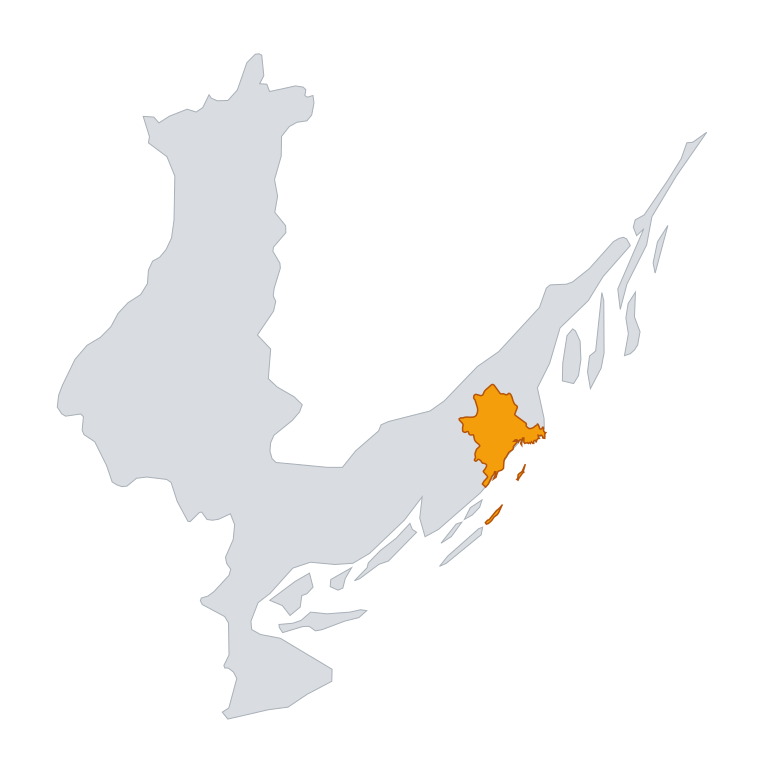 Croatia, with Šibensko-Kninska highlighted, rotated 269°
{"feature_id": "HRV-1491", "entity_name": "Šibensko-Kninska", "entity_type": "County", "adm_level": 1, "iso_a3": "HRV", "parent_name": "Croatia", "parent_adm1": "", "projection": "orthographic", "projection_center": [15.941, 43.766], "detail": "fine", "context": "in_parent", "style": "filled", "palette": "amber", "viewbox_px": 768, "rotation_deg": 269, "n_neighbors": 0, "source": "natural_earth", "source_scale": "10m", "svg_char_len": 7316}
<svg xmlns="http://www.w3.org/2000/svg" viewBox="0 0 768 768"><g transform="rotate(269 384 384)"><path d="M58.7,216.6L62.8,223.2L92.2,231.7L98.7,228.4L102.7,223.3L102.8,219.9L105.4,219.0L115.7,224.3L147.7,224.4L154.3,220.6L166.7,198.4L170.6,196.6L173.2,197.6L175.0,204.2L179.5,210.5L195.4,225.7L201.4,227.5L207.5,223.5L213.6,222.5L231.1,230.5L245.9,232.2L256.9,228.2L251.6,216.1L250.8,210.0L251.6,204.7L259.1,199.5L258.8,197.2L249.8,187.8L250.2,185.5L270.2,175.2L289.3,169.4L292.4,164.9L295.1,145.4L294.1,135.0L286.4,125.2L285.9,120.3L287.8,115.1L290.8,110.5L307.3,105.2L331.3,93.8L338.6,83.2L343.0,81.4L356.5,82.9L359.3,80.3L357.4,65.1L359.8,61.2L366.7,56.9L378.5,58.5L388.3,62.4L414.1,75.5L427.9,87.8L435.7,101.4L446.1,112.0L459.2,119.3L469.7,129.4L477.6,142.2L488.4,149.2L502.1,150.5L510.9,154.8L514.7,162.0L522.3,168.5L533.7,174.1L551.4,176.9L595.6,178.5L615.0,171.0L629.2,152.7L635.5,153.8L655.8,147.9L654.9,158.5L649.0,163.5L655.6,174.3L662.2,192.0L659.2,200.9L663.5,207.6L676.2,214.1L672.8,216.3L670.1,222.2L670.2,232.9L680.5,242.5L707.7,252.5L716.0,261.1L716.3,264.9L714.9,267.5L694.4,269.2L686.4,264.9L685.8,272.1L678.4,274.7L683.6,300.8L682.2,308.4L679.5,311.0L673.7,309.9L672.1,312.4L673.7,318.0L666.2,318.9L654.2,316.4L648.5,311.5L647.2,301.5L643.1,293.8L633.4,285.9L613.6,285.2L590.3,278.1L573.6,280.9L557.6,277.8L544.0,288.4L537.0,288.5L522.8,275.9L518.7,275.2L506.7,282.0L501.7,282.4L481.4,275.8L474.0,274.8L468.5,277.2L458.9,274.9L435.2,258.3L420.9,271.3L391.4,268.4L382.8,277.2L372.8,293.9L364.7,301.9L357.6,299.1L349.3,291.8L334.6,273.0L327.2,269.6L318.7,268.8L311.3,270.8L307.4,274.7L301.6,326.5L301.4,341.0L317.7,354.5L337.1,377.7L343.3,380.4L346.4,387.9L356.2,429.5L366.1,444.0L399.9,477.7L414.3,499.2L457.9,540.8L477.1,548.0L480.2,551.9L480.6,568.2L482.8,574.4L495.8,591.3L522.4,615.9L525.5,621.6L526.5,625.9L524.9,629.1L518.1,632.7L487.6,604.9L463.9,589.8L437.0,561.0L401.6,549.9L377.5,537.3L346.9,543.4L336.9,543.5L329.9,541.2L324.9,533.3L324.8,519.2L310.7,506.5L291.6,494.3L273.6,478.6L237.7,436.0L230.6,422.4L249.2,417.4L270.6,420.2L247.6,402.1L214.9,366.6L205.3,349.8L204.4,331.8L207.1,307.3L201.5,289.6L176.6,266.4L167.6,254.3L149.1,246.8L140.8,247.4L135.7,256.1L131.6,275.8L99.7,327.1L87.7,326.6L75.0,301.5L62.6,282.4L60.3,262.5L51.7,222.0L58.7,216.6ZM619.9,691.0L620.3,696.9L630.1,711.1L587.0,680.0L546.6,654.8L518.4,649.0L479.6,628.6L454.4,621.5L474.9,619.4L534.7,646.5L527.9,639.2L536.4,636.0L543.7,638.0L548.5,647.1L582.4,671.1L604.1,685.1L619.9,691.0ZM158.7,356.6L157.7,362.8L150.9,354.8L147.6,340.6L139.4,317.6L138.4,311.1L143.0,304.9L142.9,298.5L137.2,278.3L142.4,275.1L145.4,274.8L146.4,288.7L149.0,296.8L157.2,306.7L155.2,322.9L156.5,346.0L158.7,356.6ZM196.2,306.2L182.1,309.5L175.6,303.2L173.9,298.1L162.4,296.3L154.2,286.0L164.2,278.5L169.7,266.0L188.3,291.9L196.2,306.2ZM423.5,580.8L405.0,581.3L389.0,578.6L381.1,573.6L384.0,562.4L401.8,563.1L429.1,567.8L435.8,573.6L433.8,576.3L423.5,580.8ZM471.6,603.4L463.5,605.2L411.3,604.6L396.1,601.4L375.7,590.3L392.6,587.7L408.4,590.0L413.3,596.2L471.6,603.4ZM238.2,409.7L235.2,414.0L206.9,385.3L203.8,375.8L189.8,356.3L187.8,351.0L200.6,363.9L205.4,365.2L217.7,377.6L229.7,393.6L244.2,407.5L238.2,409.7ZM408.1,624.9L429.9,629.2L445.8,627.0L460.2,629.5L471.5,637.0L446.6,635.6L431.8,640.9L418.6,638.3L413.6,635.0L410.0,630.8L408.1,624.9ZM237.7,476.2L239.1,480.1L231.5,478.5L203.6,443.1L200.7,436.3L210.7,444.6L237.7,476.2ZM189.5,327.4L200.9,348.4L190.3,341.9L180.7,339.3L178.7,334.4L182.3,326.7L189.5,327.4ZM521.3,659.9L537.6,670.6L490.1,657.0L500.4,655.2L521.3,659.9ZM258.8,468.1L266.4,480.0L259.1,477.5L251.6,470.1L247.2,462.0L258.8,468.1ZM242.7,453.7L244.5,459.4L230.2,448.6L223.8,438.2L242.7,453.7Z" fill="#d9dde1" stroke="#a8b0b8" stroke-width="1"/><path d="M333.1,543.8L332.5,543.8L332.5,544.9L331.1,543.9L328.5,543.9L327.7,542.7L327.6,542.9L327.6,543.4L327.4,543.8L326.9,543.8L327.1,542.0L327.7,541.7L328.6,541.7L329.7,541.0L330.1,540.0L329.7,539.3L329.5,538.4L330.1,537.2L328.2,537.4L327.5,537.7L326.9,538.3L326.5,536.7L325.5,535.9L322.9,535.0L324.8,534.8L325.1,533.7L324.1,532.7L322.0,532.7L322.0,531.7L322.6,531.4L323.1,530.9L323.7,530.5L322.5,529.6L322.0,529.4L322.9,528.4L322.0,527.3L322.9,526.1L322.1,523.7L323.4,522.8L327.6,522.9L327.6,521.7L322.4,520.6L320.5,520.6L321.9,519.7L323.0,519.8L324.0,520.3L324.9,520.6L326.1,520.2L325.9,519.1L324.9,518.0L323.7,517.3L325.3,516.7L326.0,515.5L325.8,514.1L324.5,512.8L324.6,515.9L323.6,516.1L320.7,513.6L319.1,512.2L318.3,512.2L317.2,512.0L316.5,511.8L315.8,511.0L314.2,508.4L313.4,507.5L308.7,504.8L307.4,503.5L305.0,502.6L297.5,502.0L295.9,500.2L294.7,496.6L291.9,495.3L289.0,494.5L287.2,492.0L290.7,493.6L292.5,494.1L294.3,494.3L294.3,493.1L293.6,492.7L293.2,492.8L292.9,492.9L292.8,493.1L289.7,490.3L282.2,486.6L279.1,483.8L282.3,480.6L284.9,482.2L288.6,485.6L289.0,485.9L289.7,485.9L290.3,485.5L294.3,482.0L294.7,481.8L295.1,481.8L297.7,483.9L300.0,485.1L300.7,485.2L301.4,485.1L302.2,484.3L302.7,483.5L302.9,482.6L303.0,481.7L303.1,481.3L303.5,480.8L304.0,480.3L305.1,479.8L305.8,479.2L306.4,478.4L306.8,477.7L307.0,477.1L307.0,476.7L306.8,476.5L305.4,475.0L305.2,474.5L305.3,474.1L305.9,473.3L306.3,473.1L306.8,473.1L308.4,474.0L309.1,474.2L311.4,473.8L312.9,473.8L317.0,475.3L317.4,475.7L319.7,478.2L320.1,478.5L320.4,478.7L320.7,478.6L321.2,478.4L321.9,477.8L324.3,475.1L325.1,474.4L326.1,473.8L326.9,473.5L331.2,472.6L331.7,472.2L331.7,471.7L331.5,470.4L331.5,469.9L331.6,469.3L331.8,468.8L332.2,468.4L332.5,468.1L332.9,468.0L334.1,467.7L334.5,467.6L334.8,467.4L335.0,467.0L335.0,466.4L334.9,465.9L334.4,465.0L334.3,464.6L334.2,464.2L334.3,463.7L334.4,463.3L334.9,462.4L335.3,462.0L336.1,461.8L338.9,461.8L341.2,462.3L341.7,462.3L342.2,462.2L342.8,462.0L343.6,461.5L346.6,458.7L347.8,458.5L348.7,459.8L348.8,460.5L348.8,461.2L348.7,461.6L348.7,462.0L348.8,462.4L348.8,462.7L348.9,462.9L349.0,463.0L349.2,463.7L349.3,464.1L349.5,466.2L349.5,466.9L349.3,468.5L349.3,471.7L349.4,473.0L350.0,474.4L351.2,475.8L353.7,476.8L355.8,477.2L358.3,477.1L366.6,474.7L367.8,473.7L368.4,473.5L369.1,473.4L369.8,473.5L370.9,473.9L371.4,474.2L372.1,475.8L370.6,480.7L370.9,481.5L371.2,482.5L374.4,484.0L375.3,484.6L376.3,485.5L381.0,491.0L381.6,492.0L381.6,493.0L380.9,494.1L373.0,499.6L372.2,500.4L372.0,501.7L372.1,502.5L372.2,503.0L372.1,503.4L371.0,505.8L371.1,506.7L371.4,507.2L372.0,507.9L372.5,508.6L372.3,509.6L371.2,510.6L368.5,511.8L365.3,512.6L362.8,513.6L361.9,514.1L361.0,514.8L360.1,516.1L359.3,516.8L358.1,516.9L351.8,514.3L351.2,514.2L350.2,515.0L342.2,525.4L341.5,525.6L341.0,525.7L340.3,525.4L339.7,525.4L339.0,525.8L337.7,527.2L337.2,527.9L336.8,528.8L337.1,530.6L337.5,531.9L338.1,532.9L339.7,534.9L340.3,536.2L340.7,536.5L341.3,536.7L341.2,537.1L340.7,537.5L338.7,538.3L337.6,538.6L336.7,538.9L336.2,539.4L336.2,540.5L336.6,541.0L337.2,541.4L337.7,541.6L338.1,541.9L338.1,542.3L337.5,542.6L335.0,542.7L333.8,543.0L333.1,543.8L333.1,543.8ZM246.0,485.1L246.5,486.7L255.3,494.1L256.7,495.9L258.2,497.6L261.4,500.4L260.4,499.7L253.6,496.5L251.4,495.0L249.1,491.8L245.9,489.5L244.4,488.0L242.7,485.9L242.1,483.9L243.6,482.9L246.0,485.1ZM294.2,520.6L301.4,523.9L294.5,521.8L293.4,522.3L292.4,520.9L287.4,517.2L285.5,516.3L286.4,515.1L286.9,515.9L287.4,516.1L290.9,516.5L292.2,517.8L293.2,519.3L294.2,520.6Z" fill="#f59e0b" stroke="#b45309" stroke-width="1.5"/></g></svg>